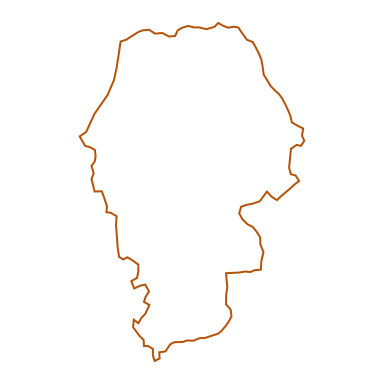 Aramina, São Paulo, Brazil
{"feature_id": "56859067B67671022850152", "entity_name": "Aramina", "entity_type": "district", "adm_level": 2, "iso_a3": "BRA", "parent_name": "Brazil", "parent_adm1": "São Paulo", "projection": "equal_earth", "projection_center": [-47.817, -20.156], "detail": "fine", "context": "isolated", "style": "outline", "palette": "amber", "viewbox_px": 384, "rotation_deg": 0, "n_neighbors": 0, "source": "geoboundaries", "source_scale": "gbopen_adm2", "svg_char_len": 1875}
<svg xmlns="http://www.w3.org/2000/svg" viewBox="0 0 384 384"><path d="M79.7,136.4L85.1,145.9L90.0,147.2L94.9,149.9L95.6,156.0L94.8,161.3L91.5,165.8L93.7,173.4L91.5,178.9L94.6,191.5L101.8,191.3L104.2,197.8L107.0,206.5L106.4,212.2L110.7,212.8L116.6,216.2L116.0,225.4L116.7,233.8L117.7,247.9L119.1,256.8L123.2,259.5L127.4,257.3L132.2,260.1L138.3,264.6L138.3,271.8L137.0,277.9L131.3,281.1L134.2,288.5L140.3,285.6L145.3,284.7L149.0,291.4L145.6,296.8L144.0,301.9L149.4,305.0L145.5,313.5L141.2,318.2L138.4,323.2L133.8,319.7L133.1,327.2L136.6,332.0L140.1,336.6L143.6,339.8L144.0,346.1L148.0,346.0L152.9,348.9L152.9,355.7L154.7,361.0L159.6,358.4L159.3,352.3L165.5,351.4L170.2,344.3L174.4,342.2L182.7,342.0L186.7,340.5L193.2,340.7L199.8,338.1L205.1,337.9L218.1,333.7L221.4,331.0L225.8,325.8L228.9,321.4L231.5,316.3L230.7,309.6L226.0,304.3L226.2,294.7L227.3,287.3L226.5,279.4L226.1,273.2L231.1,272.9L238.7,272.6L245.5,271.5L250.1,272.1L254.7,270.2L260.8,269.7L261.3,261.4L263.5,252.2L260.4,244.4L260.1,237.2L256.4,231.4L252.7,226.9L247.4,224.2L242.4,219.2L239.2,213.4L241.1,206.8L245.7,205.1L252.9,203.6L259.9,201.2L266.9,191.6L271.9,196.9L277.0,200.1L281.2,196.0L288.9,189.6L294.5,184.5L299.1,181.0L295.6,175.5L290.8,174.2L289.1,167.8L291.0,148.7L296.7,144.9L300.9,145.9L304.3,140.7L302.0,135.8L303.2,128.5L298.3,126.1L291.9,122.5L290.4,115.9L288.4,111.1L285.6,104.9L282.2,98.5L279.2,94.3L275.1,90.6L270.5,85.9L267.0,79.9L263.7,74.7L262.6,66.4L261.3,59.4L259.1,54.1L256.1,48.0L252.7,42.0L247.0,39.8L241.8,32.7L238.3,27.4L233.1,26.8L228.2,27.7L223.0,25.7L218.2,23.0L214.5,26.8L206.4,29.2L199.1,27.4L193.8,27.4L188.2,25.9L182.3,27.7L177.7,30.4L175.1,36.0L168.9,36.5L162.5,33.0L155.0,33.6L149.0,29.7L142.7,30.4L138.5,31.9L131.3,36.4L126.1,39.8L120.6,41.5L119.2,51.0L116.6,67.9L114.0,80.0L107.6,95.0L94.5,113.8L86.2,131.9L79.7,136.4Z" fill="none" stroke="#b45309" stroke-width="2"/></svg>